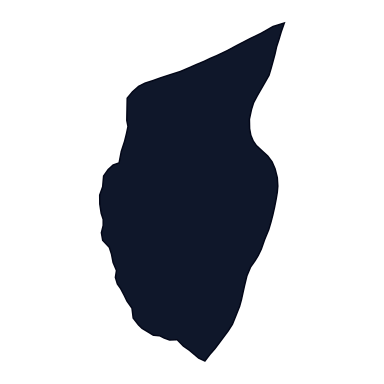 Salinas da Margarida, Bahia, Brazil
{"feature_id": "56859067B93728767984318", "entity_name": "Salinas da Margarida", "entity_type": "district", "adm_level": 2, "iso_a3": "BRA", "parent_name": "Brazil", "parent_adm1": "Bahia", "projection": "equal_earth", "projection_center": [-38.755, -12.884], "detail": "fine", "context": "isolated", "style": "filled", "palette": "ink", "viewbox_px": 384, "rotation_deg": 0, "n_neighbors": 0, "source": "geoboundaries", "source_scale": "gbopen_adm2", "svg_char_len": 1337}
<svg xmlns="http://www.w3.org/2000/svg" viewBox="0 0 384 384"><path d="M284.3,23.0L273.0,26.5L261.1,33.3L250.3,38.5L238.1,44.8L226.5,51.0L216.6,55.7L210.2,58.4L204.2,61.3L196.7,64.4L188.5,68.0L180.3,71.5L171.2,74.4L161.0,77.7L152.3,80.8L145.1,83.1L138.7,86.3L132.5,91.8L127.2,98.2L126.8,120.4L128.0,126.5L126.5,133.6L124.6,141.3L121.3,151.4L119.1,162.9L113.1,165.0L108.2,169.5L103.6,176.0L102.7,186.7L99.7,195.1L99.8,204.0L101.2,213.3L103.2,219.4L103.2,225.5L101.4,232.7L102.7,240.3L109.3,247.3L111.5,254.1L113.1,262.5L116.5,270.5L115.4,277.4L117.4,284.0L120.6,288.5L124.2,295.3L127.0,301.1L132.0,308.2L133.2,318.1L138.5,324.9L142.1,328.4L147.1,331.4L153.3,335.2L159.8,335.8L164.1,338.0L169.6,340.0L177.2,339.7L183.4,346.1L189.2,350.1L198.7,358.1L204.9,361.0L209.9,354.4L214.9,348.7L219.7,342.3L228.1,331.0L232.4,324.3L235.8,315.9L239.6,306.3L241.4,299.8L244.6,285.3L246.9,275.8L250.6,267.0L255.1,260.6L258.2,255.5L261.3,249.1L264.7,239.4L268.7,229.7L270.9,222.3L272.8,215.0L274.5,207.5L276.2,198.8L277.3,192.1L277.8,186.1L277.3,177.7L275.1,168.9L272.1,161.9L267.8,156.1L261.8,150.6L256.3,145.5L253.2,141.0L250.8,135.2L249.6,128.7L249.4,119.2L251.5,109.4L253.6,102.7L257.3,95.7L264.4,83.4L269.0,75.3L271.1,68.3L273.3,60.3L275.0,53.9L276.6,46.7L279.0,39.3L281.2,31.9L284.3,23.0Z" fill="#0f172a" stroke="#020617" stroke-width="1.5"/></svg>